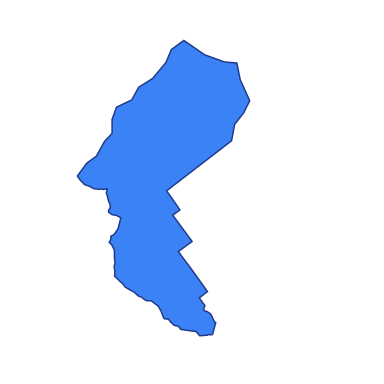 Suame Municipal, Ashanti, Ghana, rotated 234°
{"feature_id": "2480657B48966175900279", "entity_name": "Suame Municipal", "entity_type": "district", "adm_level": 2, "iso_a3": "GHA", "parent_name": "Ghana", "parent_adm1": "Ashanti", "projection": "natural_earth1", "projection_center": [-1.672, 6.735], "detail": "fine", "context": "isolated", "style": "filled", "palette": "blue", "viewbox_px": 384, "rotation_deg": 234, "n_neighbors": 0, "source": "geoboundaries", "source_scale": "gbopen_adm2", "svg_char_len": 2050}
<svg xmlns="http://www.w3.org/2000/svg" viewBox="0 0 384 384"><g transform="rotate(234 192 192)"><path d="M169.4,79.9L161.6,81.3L159.8,81.7L158.1,82.1L154.5,82.0L148.5,84.6L144.7,86.4L141.6,87.0L138.6,87.8L136.6,89.6L135.3,89.6L132.4,90.6L131.2,91.0L129.5,93.0L128.0,95.0L119.5,97.6L113.6,96.9L107.0,95.1L106.3,95.1L105.7,95.2L102.9,98.2L100.3,98.2L97.4,98.7L94.5,99.2L91.6,102.0L87.4,102.2L82.1,107.6L76.8,113.2L71.1,113.8L68.8,117.6L67.1,120.2L67.1,120.9L67.1,121.6L65.8,122.8L64.6,124.8L69.7,131.1L72.3,134.4L72.7,134.4L73.0,134.2L73.3,134.0L73.9,133.9L74.7,134.0L76.7,134.4L78.6,134.8L79.8,135.0L81.0,135.1L82.3,135.3L83.1,135.1L83.8,134.9L84.5,134.6L85.4,134.3L86.1,134.1L86.6,133.8L87.2,133.4L87.7,132.8L88.4,132.4L89.1,132.3L90.0,132.5L90.7,132.9L92.5,135.7L102.0,135.6L102.4,146.0L131.1,146.2L146.7,145.9L151.9,146.1L151.9,163.0L184.6,162.8L184.6,171.7L199.9,172.1L207.9,172.1L210.2,254.1L221.6,266.2L225.7,280.4L231.9,292.3L254.5,297.0L270.0,304.1L278.2,294.6L295.7,282.8L319.4,274.5L319.4,259.1L312.2,247.2L307.0,227.0L308.1,210.4L301.9,197.4L305.0,180.8L297.8,170.1L286.4,161.8L284.4,151.1L277.2,135.7L277.2,123.8L272.3,108.7L271.4,108.5L268.9,108.6L266.4,108.6L264.8,109.0L263.6,109.2L263.4,109.3L263.0,109.2L262.4,109.1L261.9,109.3L260.1,110.1L259.2,110.7L257.8,111.8L256.9,112.3L255.7,113.0L255.1,113.4L254.6,113.6L252.6,114.4L252.1,114.7L251.8,114.9L250.7,116.7L250.2,117.0L249.0,117.9L247.9,120.3L246.4,121.5L245.8,122.5L244.6,125.2L243.4,124.2L242.6,123.2L241.9,122.3L240.9,121.9L238.8,121.3L236.9,120.4L235.8,120.0L234.6,119.5L233.6,119.2L231.2,118.6L229.6,118.1L228.5,117.4L227.5,116.8L226.8,115.1L225.8,113.3L225.1,113.0L224.4,112.7L220.7,114.0L217.4,117.2L214.1,118.7L213.0,119.2L211.9,118.0L210.0,115.7L206.3,111.2L205.6,110.3L205.3,109.3L204.9,108.4L204.4,106.8L203.4,103.7L203.4,103.3L203.9,100.2L201.7,98.9L199.9,95.4L195.9,96.0L195.0,95.8L190.5,95.0L189.3,94.1L183.1,89.8L181.6,89.0L180.1,88.3L177.4,85.1L174.7,83.8L173.7,83.2L172.7,82.7L171.5,81.7L169.4,79.9Z" fill="#3b82f6" stroke="#1e3a8a" stroke-width="1.5"/></g></svg>